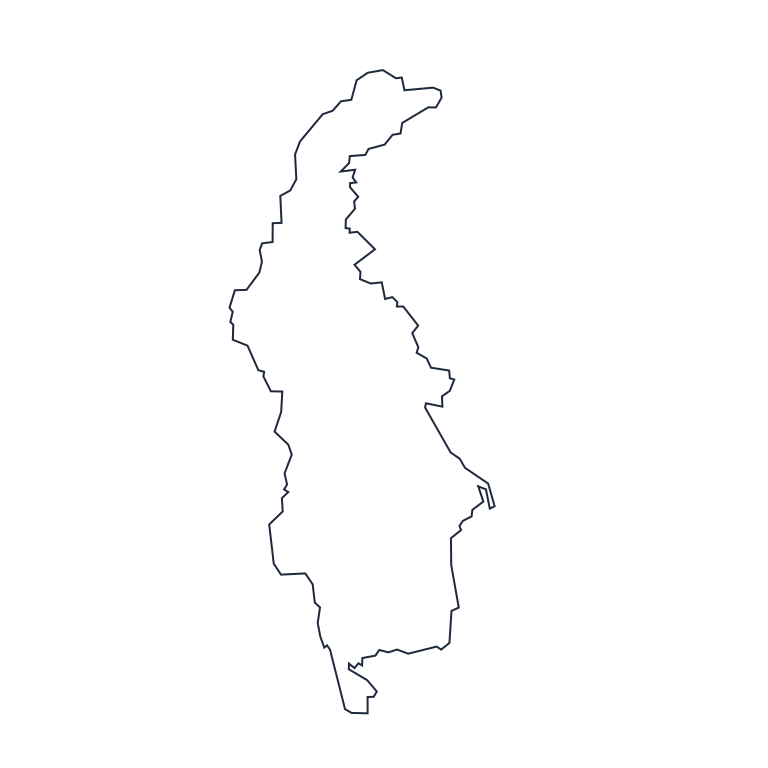 Hkamti, Sagaing, Myanmar (Natural Earth projection), rotated 331°
{"feature_id": "60261553B91156237471736", "entity_name": "Hkamti", "entity_type": "district", "adm_level": 2, "iso_a3": "MMR", "parent_name": "Myanmar", "parent_adm1": "Sagaing", "projection": "natural_earth1", "projection_center": [95.699, 25.834], "detail": "medium", "context": "isolated", "style": "outline", "palette": "slate", "viewbox_px": 768, "rotation_deg": 331, "n_neighbors": 0, "source": "geoboundaries", "source_scale": "gbopen_adm2", "svg_char_len": 1954}
<svg xmlns="http://www.w3.org/2000/svg" viewBox="0 0 768 768"><g transform="rotate(331 384 384)"><path d="M442.2,349.5L438.4,325.6L432.8,322.5L435.4,318.9L433.4,312.1L426.2,310.1L431.3,294.0L421.1,289.7L413.8,280.6L417.8,274.6L416.0,265.4L441.4,261.8L434.5,238.0L427.2,235.0L429.4,231.5L426.0,229.0L430.4,221.6L443.6,216.6L446.4,209.8L452.2,207.8L449.7,195.4L451.7,191.9L457.4,194.2L456.7,188.1L462.6,182.6L449.2,177.2L460.6,173.8L464.6,168.1L478.8,174.6L484.4,170.9L500.7,174.9L512.3,170.2L519.9,172.9L526.5,164.5L556.9,163.5L563.5,167.3L573.2,161.5L575.7,154.8L570.6,148.6L544.3,137.0L548.1,124.6L542.7,122.4L535.2,108.9L520.6,103.9L507.3,105.1L493.2,119.6L483.5,115.9L471.5,120.1L461.2,118.3L428.2,131.1L417.5,140.1L406.6,162.4L395.8,169.3L384.5,169.2L372.5,193.4L364.6,189.4L355.4,205.8L345.6,201.9L340.2,206.6L336.6,217.8L329.0,226.1L309.4,235.0L299.0,229.7L285.9,242.3L286.7,247.5L279.7,255.2L280.9,259.1L273.2,272.0L283.2,284.3L280.8,311.1L285.1,315.2L282.2,318.9L281.5,335.5L291.4,341.3L280.5,358.6L265.2,372.6L270.9,390.7L269.1,401.0L253.7,414.0L250.5,424.9L245.5,427.8L247.9,432.1L239.4,434.3L233.6,446.4L215.5,451.2L200.5,487.6L201.5,500.8L223.3,511.5L224.5,524.7L217.5,541.6L219.7,548.4L210.2,560.8L205.9,573.8L204.0,585.6L207.5,585.0L208.0,590.3L192.3,649.4L196.1,655.9L210.0,664.1L217.9,649.8L223.3,652.6L228.6,649.5L225.7,634.9L214.9,616.4L217.8,611.6L220.5,618.2L226.2,615.9L228.4,619.5L232.2,613.2L244.8,617.4L250.9,614.3L257.7,620.8L266.7,622.6L274.4,631.6L302.8,639.2L305.2,644.0L315.7,642.2L333.0,615.2L341.0,615.8L355.0,575.0L367.8,551.3L380.6,549.1L381.2,544.7L386.7,541.9L396.4,542.3L400.3,536.9L413.9,535.0L416.8,519.2L422.1,525.6L416.1,544.3L421.5,544.5L426.8,521.6L414.2,496.6L414.0,486.1L409.1,476.3L408.5,424.5L411.3,421.2L424.1,432.1L428.7,422.9L438.2,421.9L447.6,414.2L444.4,410.9L447.5,403.8L433.0,392.5L433.7,382.3L427.7,372.5L431.8,368.6L433.4,353.2L442.2,349.5Z" fill="none" stroke="#1e293b" stroke-width="2"/></g></svg>